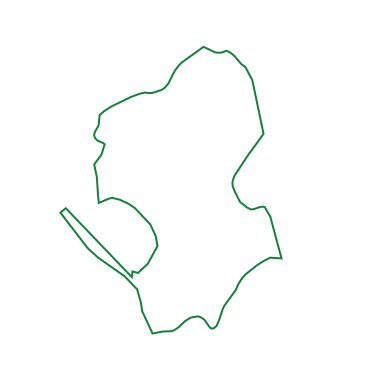 SVG path tracing the border of Saint Andrew, rotated 50°
{"feature_id": "JAM-1382", "entity_name": "Saint Andrew", "entity_type": "Parish", "adm_level": 1, "iso_a3": "JAM", "parent_name": "Jamaica", "parent_adm1": "", "projection": "natural_earth1", "projection_center": [-76.765, 18.048], "detail": "fine", "context": "isolated", "style": "outline", "palette": "green", "viewbox_px": 384, "rotation_deg": 50, "n_neighbors": 0, "source": "natural_earth", "source_scale": "10m", "svg_char_len": 1385}
<svg xmlns="http://www.w3.org/2000/svg" viewBox="0 0 384 384"><g transform="rotate(50 192 192)"><path d="M140.5,270.4L134.8,266.6L119.4,255.3L108.0,249.2L105.2,237.4L99.3,228.2L97.0,228.8L92.5,231.0L90.4,231.5L88.0,231.5L85.9,230.7L84.4,229.1L83.2,226.9L81.6,222.3L80.7,220.7L79.9,219.6L73.7,213.3L73.6,207.5L74.7,198.6L79.9,177.9L82.9,169.4L85.6,164.0L87.3,162.6L88.9,160.9L90.4,158.9L91.5,156.7L94.4,149.3L94.6,145.4L93.7,140.4L88.0,127.0L86.6,120.6L86.2,116.6L88.2,89.9L100.0,84.4L102.0,82.6L104.1,79.9L105.0,77.2L106.1,74.8L109.5,73.1L114.8,72.1L125.8,72.0L130.8,70.8L145.3,74.0L193.4,99.8L198.7,120.5L199.1,123.1L206.8,148.7L207.9,150.9L210.5,154.8L213.7,157.1L219.4,159.0L230.6,161.6L239.3,159.8L243.5,157.9L245.2,154.9L247.1,149.8L248.4,147.6L250.1,146.0L261.3,147.9L300.4,166.1L292.5,174.4L291.0,180.9L289.9,189.2L289.5,204.5L290.7,210.8L292.7,216.6L295.1,221.1L299.9,240.3L301.4,243.7L307.6,253.7L310.4,259.4L310.4,263.0L309.1,264.9L306.7,265.4L298.1,264.6L294.6,265.4L291.2,267.2L287.4,273.7L286.5,279.6L287.0,289.2L286.6,293.6L285.7,296.9L280.2,303.9L275.0,313.2L251.1,306.7L244.6,302.6L231.3,296.6L213.3,297.8L181.9,306.1L168.5,308.0L123.3,306.1L123.3,299.1L218.5,292.8L214.6,288.6L219.3,285.5L218.6,272.2L211.3,253.3L202.8,248.2L189.9,244.8L167.6,246.1L160.2,248.2L151.6,252.2L144.9,257.1L143.4,260.9L140.5,270.4Z" fill="none" stroke="#15803d" stroke-width="2"/></g></svg>